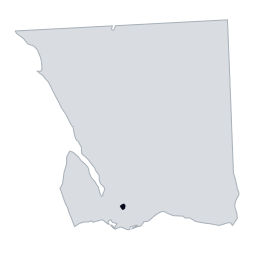 Minya al-Qamh, Ash Sharqiyah, Egypt (highlighted), rotated 177°
{"feature_id": "37247803B22128077926758", "entity_name": "Minya al-Qamh", "entity_type": "district", "adm_level": 2, "iso_a3": "EGY", "parent_name": "Egypt", "parent_adm1": "Ash Sharqiyah", "projection": "natural_earth1", "projection_center": [31.353, 30.507], "detail": "fine", "context": "in_parent", "style": "filled", "palette": "ink", "viewbox_px": 256, "rotation_deg": 177, "n_neighbors": 0, "source": "geoboundaries", "source_scale": "gbopen_adm2", "svg_char_len": 3994}
<svg xmlns="http://www.w3.org/2000/svg" viewBox="0 0 256 256"><g transform="rotate(177 128 128)"><path d="M235.4,230.8L229.5,230.8L223.7,230.8L217.8,230.8L212.0,230.8L206.1,230.8L200.2,230.8L194.4,230.8L188.5,230.8L182.7,230.8L176.8,230.8L170.9,230.8L165.1,230.8L159.2,230.8L153.4,230.8L147.5,230.8L141.6,230.8L138.3,230.8L138.9,228.9L139.2,227.6L138.8,226.6L137.7,226.4L136.9,226.7L135.2,230.7L134.3,230.8L132.2,230.8L125.4,230.8L118.6,230.8L111.7,230.8L104.9,230.8L98.1,230.8L91.3,230.8L84.4,230.8L77.6,230.8L70.8,230.8L64.0,230.8L57.1,230.8L50.3,230.8L43.5,230.8L36.7,230.8L29.9,230.8L23.0,230.8L23.1,226.0L23.1,221.2L23.2,216.5L23.3,211.7L23.3,206.9L23.4,202.1L23.4,197.4L23.5,192.6L23.5,187.8L23.6,183.0L23.7,178.2L23.7,173.5L23.8,168.7L23.9,163.9L23.9,159.1L24.0,154.4L24.0,149.6L24.1,144.8L24.2,140.0L24.2,135.2L24.3,130.4L24.4,125.7L24.5,120.9L24.5,116.1L24.6,111.3L24.7,106.5L24.7,101.8L24.8,97.0L24.9,92.2L24.9,87.4L25.0,82.6L25.1,77.8L25.0,77.0L24.0,73.7L23.2,69.6L22.3,64.5L22.2,62.9L20.7,57.6L20.6,56.1L21.0,55.1L23.7,50.7L24.6,48.5L25.3,46.0L25.5,43.9L24.8,40.7L23.9,37.8L23.7,34.9L23.6,32.0L25.0,30.0L26.6,28.2L27.3,27.1L28.2,25.8L28.9,25.2L30.2,27.8L32.9,28.2L41.8,25.9L51.6,28.2L57.0,29.1L65.3,31.1L70.4,34.6L71.8,35.1L75.4,35.0L77.8,37.1L87.4,38.1L92.4,40.4L95.3,42.2L97.1,42.7L98.6,42.7L100.7,42.0L103.3,40.7L106.1,38.9L112.0,34.3L114.1,33.5L115.5,33.7L117.2,33.6L117.8,32.4L118.7,31.5L119.3,30.6L120.2,29.4L123.2,29.1L129.4,27.1L128.7,28.0L123.1,30.3L125.5,30.5L127.9,29.8L130.7,29.3L131.2,28.3L131.6,26.5L132.1,26.3L134.1,26.6L139.8,29.4L141.3,29.4L145.3,27.9L146.2,27.6L147.5,28.4L150.5,31.9L149.4,31.8L146.2,28.9L146.0,30.3L144.1,32.9L146.4,34.0L148.3,34.4L149.3,35.9L149.9,37.2L151.7,36.6L153.0,34.9L152.4,33.9L151.9,32.9L152.5,32.9L153.8,33.7L157.4,37.0L158.6,37.7L160.1,37.6L163.0,36.6L163.8,36.8L167.8,35.6L168.3,36.4L169.0,37.3L172.1,36.3L177.2,36.4L181.3,35.3L186.0,32.7L186.4,32.3L186.7,32.9L187.3,34.7L188.7,39.2L190.0,42.8L191.6,47.7L192.1,49.6L192.3,50.9L194.6,56.3L196.0,60.8L197.0,64.4L198.5,69.7L199.1,71.6L198.1,72.5L196.2,76.0L194.2,86.9L191.2,95.4L190.9,100.7L190.5,102.7L189.0,105.4L187.3,108.0L184.2,106.7L179.2,102.0L176.3,97.6L173.1,94.7L170.1,90.9L169.3,88.2L169.3,86.5L168.0,82.2L167.1,80.2L163.5,75.6L162.4,73.2L161.6,72.1L160.8,70.6L159.5,64.7L158.1,61.0L156.4,62.0L156.7,63.6L155.3,65.8L154.5,68.3L155.1,70.4L158.1,73.5L158.7,74.9L159.4,77.8L159.3,81.9L159.8,83.3L162.0,86.3L162.8,88.0L163.3,89.6L164.0,91.0L166.2,93.6L169.4,98.6L172.4,101.9L174.5,103.6L175.5,105.2L175.7,109.4L175.5,111.4L177.5,115.1L178.2,117.0L180.0,118.6L180.9,120.4L181.7,123.3L182.9,131.8L184.5,133.9L189.5,145.1L193.7,152.2L195.8,157.5L198.9,163.9L205.1,178.1L208.7,182.4L210.2,184.9L212.8,186.8L215.6,189.5L212.9,189.2L212.3,189.4L211.3,189.9L210.9,191.5L210.7,192.9L211.1,200.0L211.9,203.7L214.3,210.6L216.1,212.7L217.0,214.0L218.2,215.0L223.8,217.3L227.2,222.3L234.6,228.6L235.4,230.4L235.4,230.8Z" fill="#d9dde1" stroke="#a8b0b8" stroke-width="1"/><path d="M136.1,51.7L136.1,51.8L136.3,51.9L136.5,51.9L136.6,51.7L136.8,51.6L137.0,51.4L137.3,51.3L137.4,51.5L137.5,51.5L137.8,51.5L137.9,51.4L138.0,51.3L138.1,51.2L137.9,51.0L137.9,50.9L137.8,50.7L138.0,50.5L138.2,50.4L138.2,50.2L138.3,50.3L138.4,50.5L138.5,50.5L138.8,50.7L139.0,50.6L139.2,50.4L139.2,50.2L138.9,50.0L138.7,50.0L138.7,49.9L138.7,49.7L138.7,49.4L138.8,49.4L138.7,49.3L138.8,49.2L138.7,49.0L138.6,48.9L138.5,48.7L138.4,48.6L138.2,48.7L138.2,48.8L138.2,48.6L138.0,48.4L137.9,48.2L137.9,47.9L137.7,47.8L137.7,47.7L137.7,47.4L137.4,47.4L137.2,47.4L137.2,47.5L136.9,47.7L136.9,47.8L136.8,47.7L136.7,47.7L136.7,47.8L136.5,48.0L136.4,48.3L136.2,48.2L135.9,48.2L135.8,48.3L135.9,48.5L136.0,48.8L135.9,48.9L135.7,48.9L135.7,49.0L135.7,49.3L135.8,49.3L135.7,49.4L135.7,49.5L135.4,49.7L135.4,49.8L135.4,50.0L135.4,50.3L135.5,50.3L135.5,50.5L135.4,50.6L135.4,50.8L135.5,50.8L135.8,50.9L135.9,51.0L136.0,51.1L136.0,51.3L135.9,51.3L136.0,51.5L136.1,51.7Z" fill="#0f172a" stroke="#020617" stroke-width="1.5"/></g></svg>